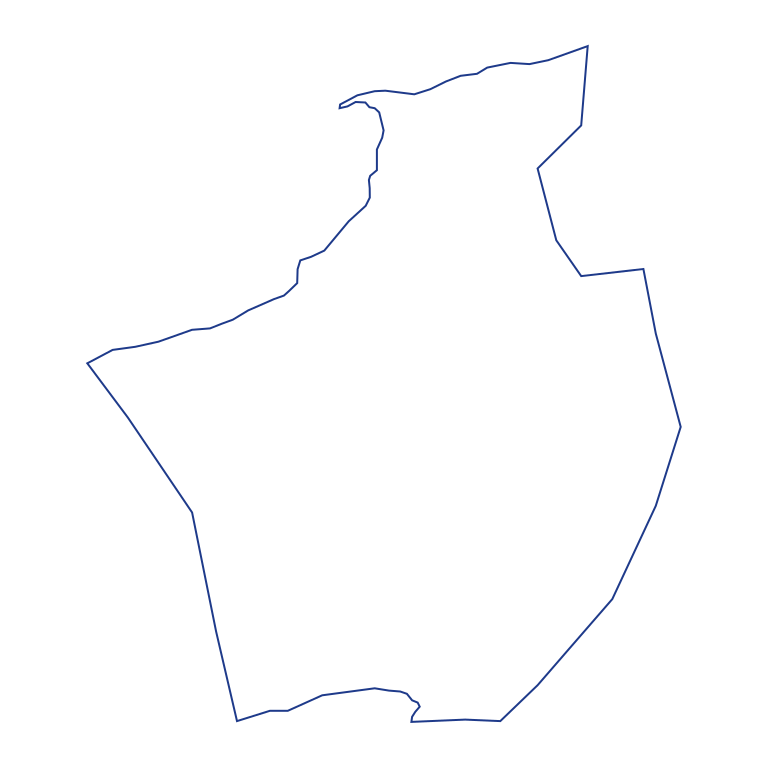 the district of Accra Metropolis, Greater Accra, Ghana, rotated 180°
{"feature_id": "2480657B11720749290533", "entity_name": "Accra Metropolis", "entity_type": "district", "adm_level": 2, "iso_a3": "GHA", "parent_name": "Ghana", "parent_adm1": "Greater Accra", "projection": "natural_earth1", "projection_center": [-0.21, 5.545], "detail": "fine", "context": "isolated", "style": "outline", "palette": "blue", "viewbox_px": 768, "rotation_deg": 180, "n_neighbors": 0, "source": "geoboundaries", "source_scale": "gbopen_adm2", "svg_char_len": 1120}
<svg xmlns="http://www.w3.org/2000/svg" viewBox="0 0 768 768"><g transform="rotate(180 384 384)"><path d="M109.7,425.1L112.2,434.4L124.6,499.0L186.8,491.9L211.7,527.7L230.4,599.5L186.8,642.6L180.3,721.9L219.8,707.8L238.5,703.9L257.5,705.1L269.4,702.7L280.8,700.4L291.0,694.2L307.4,692.2L322.1,686.5L337.7,678.8L353.7,673.7L382.6,677.3L393.3,676.8L410.6,672.7L427.9,663.5L428.4,659.8L420.5,661.6L412.4,666.0L402.6,665.5L398.6,660.8L393.3,659.8L388.8,655.6L384.4,637.6L385.8,630.3L391.1,618.5L391.1,597.8L397.8,592.2L399.1,588.0L398.3,579.8L398.2,570.4L402.3,562.2L419.2,546.8L443.7,517.4L456.9,511.2L467.7,507.6L470.4,498.8L470.8,484.9L479.3,476.7L484.1,472.4L494.0,468.9L519.8,457.6L535.2,448.3L546.4,444.2L558.0,439.6L576.0,438.2L609.6,426.3L632.7,421.2L655.4,418.1L680.7,404.7L640.1,350.4L575.9,255.5L551.9,136.5L531.0,46.9L498.1,57.2L480.2,57.2L445.8,72.7L393.3,79.7L379.0,77.4L367.8,76.5L361.1,74.2L355.9,67.7L350.3,65.4L348.3,61.3L352.7,56.2L355.9,51.2L356.6,46.1L302.8,48.4L267.7,46.9L230.4,82.8L199.3,118.7L155.7,168.9L112.2,262.2L87.3,341.1L109.7,425.1Z" fill="none" stroke="#1e3a8a" stroke-width="2"/></g></svg>